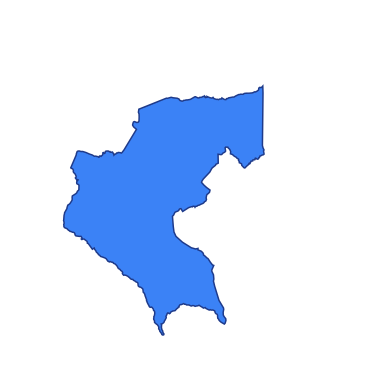 outline of Açailândia, Maranhão, Brazil, rotated 132°
{"feature_id": "56859067B88917443865419", "entity_name": "Açailândia", "entity_type": "district", "adm_level": 2, "iso_a3": "BRA", "parent_name": "Brazil", "parent_adm1": "Maranhão", "projection": "robinson", "projection_center": [-47.274, -4.703], "detail": "fine", "context": "isolated", "style": "filled", "palette": "blue", "viewbox_px": 384, "rotation_deg": 132, "n_neighbors": 0, "source": "geoboundaries", "source_scale": "gbopen_adm2", "svg_char_len": 6106}
<svg xmlns="http://www.w3.org/2000/svg" viewBox="0 0 384 384"><g transform="rotate(132 192 192)"><path d="M110.3,170.8L70.9,205.5L65.9,210.3L67.8,210.3L68.5,210.9L68.8,211.6L69.6,211.9L70.4,211.7L71.0,211.2L71.9,210.8L73.7,211.2L75.2,211.8L75.9,212.7L76.9,212.9L78.1,213.6L80.4,215.7L82.4,217.9L83.8,219.1L85.2,219.4L86.9,221.4L87.8,221.9L88.3,222.5L91.4,223.8L93.5,224.4L94.0,225.1L97.7,227.9L98.7,228.0L99.5,228.8L100.6,228.6L101.2,229.2L101.7,230.3L102.1,232.7L103.0,232.3L104.3,233.6L105.6,234.1L106.2,235.3L106.9,235.9L107.9,238.2L107.6,239.7L108.6,239.8L109.2,240.5L110.0,241.9L111.0,244.8L111.5,244.2L112.8,245.2L112.3,246.0L112.3,246.7L112.9,246.3L113.3,247.6L114.3,247.9L115.7,248.6L116.3,249.5L117.3,249.7L118.1,250.5L118.9,253.2L119.4,253.6L124.3,255.2L127.0,257.3L127.5,258.0L128.5,258.5L129.5,259.5L130.6,259.7L131.3,260.5L132.0,262.1L131.9,263.2L131.6,263.8L132.2,265.7L134.5,268.9L135.6,270.9L138.8,272.9L139.4,273.8L166.0,286.9L168.6,285.2L169.4,283.6L171.6,281.5L174.7,278.9L175.9,278.6L176.5,278.9L177.4,279.7L178.1,281.8L178.6,282.2L179.4,282.3L181.5,281.3L182.1,280.8L182.7,278.9L182.6,275.2L206.1,270.7L209.6,270.4L210.4,270.6L210.8,271.7L212.0,273.3L212.8,273.4L213.4,274.1L214.9,274.1L215.6,274.8L216.8,274.7L216.1,275.8L216.0,276.6L215.6,277.2L215.6,278.0L216.3,278.3L216.6,278.9L217.1,279.3L216.8,280.0L217.4,280.6L217.6,281.7L219.2,283.3L219.9,283.5L221.2,282.7L222.0,283.0L221.9,284.2L222.4,284.5L224.0,283.3L226.3,283.4L226.7,284.6L228.0,284.3L228.6,284.6L228.5,285.5L229.1,286.1L229.7,287.5L230.7,288.4L231.3,291.1L232.3,293.3L233.6,297.2L235.0,300.3L236.3,301.7L236.7,302.8L237.2,303.5L238.2,304.3L238.8,304.4L241.0,303.5L242.0,302.8L255.1,298.3L255.3,297.5L254.8,296.9L254.7,295.9L255.3,294.6L256.0,294.2L256.7,293.1L256.8,291.1L257.5,289.2L258.3,288.1L259.6,288.1L259.9,287.0L259.8,286.3L259.2,284.8L260.1,284.6L260.5,285.3L261.6,284.3L262.2,284.0L262.9,283.1L262.5,281.4L262.6,280.5L265.9,277.7L266.8,277.5L268.0,277.7L269.8,277.1L271.0,277.2L275.0,278.3L276.1,277.6L277.4,276.3L278.5,275.6L282.0,275.0L282.9,275.0L284.9,275.5L287.3,274.4L287.9,273.9L292.7,272.8L293.5,272.2L294.9,271.5L298.5,268.7L299.1,268.4L299.6,267.5L300.8,266.1L302.0,265.6L302.4,265.0L303.3,264.2L303.8,263.0L302.9,260.3L303.1,258.2L302.8,257.2L302.9,256.3L302.4,255.6L301.8,253.8L301.3,253.2L301.0,252.1L301.5,250.9L302.1,250.3L302.3,248.9L300.3,245.9L299.2,244.8L299.9,242.5L301.0,242.8L301.0,242.0L300.1,241.7L299.2,240.7L298.9,236.9L300.1,235.4L299.7,234.8L301.2,227.7L299.1,227.2L299.7,226.0L300.1,224.0L300.6,223.1L300.7,220.7L301.1,219.6L300.8,218.0L301.1,216.9L300.2,215.0L299.2,212.3L299.0,211.1L299.7,208.2L299.3,207.5L299.4,206.7L298.4,206.2L298.1,205.1L297.5,204.2L297.2,203.4L297.5,202.7L296.9,200.8L297.1,198.4L298.1,195.6L297.7,193.6L298.0,192.6L297.8,190.8L298.1,189.8L299.0,189.4L299.4,188.5L299.6,187.1L298.9,186.6L298.1,185.3L297.5,183.0L297.6,182.2L297.4,181.3L297.6,180.0L297.5,178.8L296.5,177.4L296.8,176.4L296.4,175.3L296.3,173.5L295.7,171.9L296.1,171.0L297.4,169.6L297.8,169.0L297.8,167.9L297.5,167.0L297.1,166.5L297.0,165.7L296.9,164.0L297.3,163.2L299.1,161.2L299.1,160.3L299.5,158.9L300.5,157.4L302.5,153.6L303.3,153.0L303.4,152.3L304.0,151.5L305.0,148.9L305.2,148.0L305.7,147.2L305.8,146.4L305.4,145.6L304.7,145.2L304.5,144.4L304.9,142.4L305.7,141.3L305.6,140.5L306.0,139.6L307.2,138.4L309.1,137.2L310.1,137.0L311.2,136.0L312.0,135.6L312.4,135.0L312.6,134.2L312.9,133.6L314.0,132.5L314.0,129.9L313.8,129.1L314.3,126.9L314.9,126.0L315.5,125.7L316.1,124.9L316.3,123.7L317.0,122.8L317.6,119.9L318.1,119.0L317.8,117.9L317.1,117.5L316.3,117.8L315.8,119.7L314.8,120.9L314.3,122.7L313.5,123.4L313.2,124.0L312.7,124.6L311.9,124.9L310.6,126.6L309.9,125.9L307.9,125.6L307.0,125.8L306.5,126.2L305.7,126.2L302.7,127.0L302.2,127.5L301.9,128.1L300.4,128.5L298.8,129.1L298.1,129.1L297.7,128.4L297.6,127.4L296.9,127.1L295.3,127.4L293.4,126.7L291.5,125.2L288.9,125.2L287.7,124.9L286.7,125.1L286.1,124.7L285.6,125.2L284.2,125.5L283.3,125.2L282.7,124.5L280.5,123.5L280.4,122.4L279.9,121.9L279.6,121.2L279.6,120.5L278.0,118.7L277.3,116.3L275.9,115.5L275.2,114.5L274.9,113.2L273.4,112.2L272.7,111.5L271.8,111.2L271.3,110.7L271.3,109.8L270.8,107.4L270.6,105.8L269.0,104.8L269.2,103.7L268.4,100.8L268.1,100.1L267.3,99.8L267.0,98.8L265.8,97.6L265.4,96.6L265.2,95.5L266.2,94.0L266.4,92.8L266.1,91.8L266.2,91.1L266.7,90.3L267.5,89.6L268.6,88.3L268.7,87.1L269.2,86.1L269.3,85.2L269.3,83.3L268.5,79.6L267.3,79.6L264.8,80.8L263.6,82.1L263.1,84.8L262.5,86.4L260.6,88.3L258.0,89.9L257.1,91.0L254.5,99.4L246.8,112.2L243.9,116.4L242.1,117.5L239.2,120.6L237.6,124.3L236.7,125.1L232.0,126.7L232.5,127.9L231.9,131.4L230.9,135.0L230.8,135.7L231.0,136.7L230.9,139.5L231.1,141.3L230.5,141.9L229.9,143.2L229.8,145.4L231.0,148.9L229.9,149.8L231.9,151.2L233.9,155.2L235.7,165.5L235.7,174.2L233.8,178.6L230.1,182.9L223.1,190.3L221.6,190.2L218.8,191.0L218.1,191.0L215.5,189.7L214.5,189.5L213.5,189.9L212.6,189.7L211.8,189.1L212.7,185.9L205.8,184.0L204.2,183.1L203.3,182.6L202.7,181.7L202.1,181.8L201.5,181.3L201.0,180.4L201.3,179.6L200.4,179.8L199.3,178.8L198.4,178.8L196.5,177.6L195.6,177.4L193.1,176.2L191.7,176.0L191.0,176.2L189.4,175.7L187.8,176.3L187.0,177.5L184.9,178.8L183.8,179.2L182.4,178.9L180.5,178.8L178.5,179.9L178.9,184.0L178.9,187.6L178.5,191.3L177.3,191.9L174.7,192.3L165.3,192.1L161.9,192.9L160.6,193.1L156.4,192.4L155.5,192.8L153.0,191.8L146.5,197.9L144.9,195.5L144.2,195.0L142.3,195.0L140.4,194.3L139.1,194.4L137.0,197.0L136.1,197.0L134.7,195.3L135.0,194.8L135.1,194.1L135.0,193.2L135.3,192.0L136.1,190.3L137.9,189.0L137.1,187.1L137.1,184.5L136.6,182.4L136.8,181.0L136.5,180.0L136.5,179.2L137.4,178.6L137.8,177.1L138.6,176.5L137.9,174.1L138.9,172.8L139.2,169.7L138.8,168.8L135.3,168.6L134.7,168.4L132.5,168.7L132.5,168.0L131.8,168.0L131.1,168.4L130.4,168.4L129.7,168.8L128.3,167.7L127.6,168.2L127.0,167.9L126.0,166.9L125.4,167.0L124.8,167.6L124.2,167.3L124.0,165.6L123.5,165.0L122.6,164.9L122.0,165.3L121.2,165.0L119.9,165.6L119.4,165.2L117.4,164.5L116.6,163.9L115.6,163.8L113.9,166.0L113.3,166.5L112.6,166.6L111.6,168.9L110.3,170.8Z" fill="#3b82f6" stroke="#1e3a8a" stroke-width="1.5"/></g></svg>